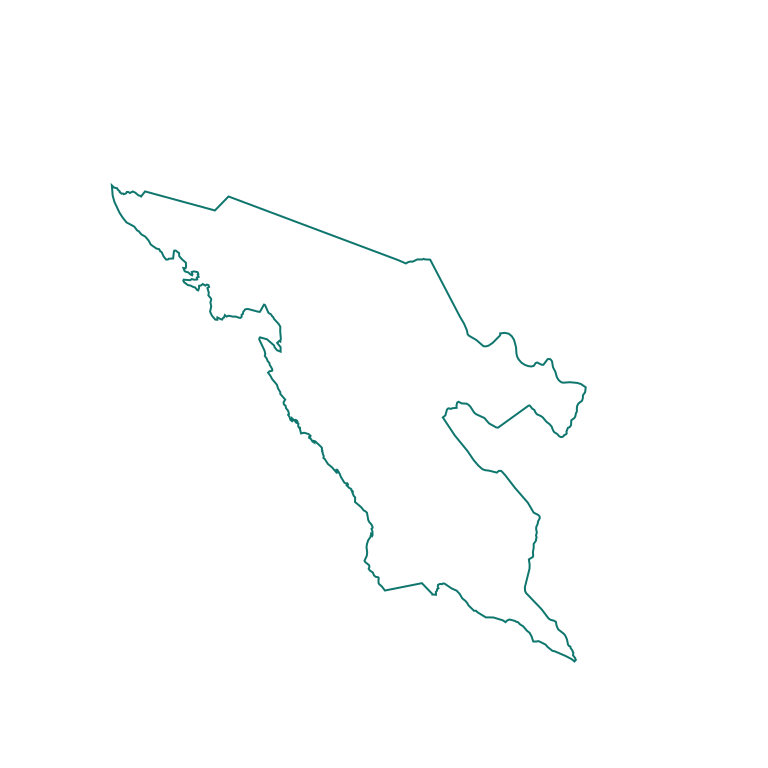 Turkana East, Rift Valley, Kenya (Equal Earth projection), rotated 136°
{"feature_id": "3690345B18632189504967", "entity_name": "Turkana East", "entity_type": "district", "adm_level": 2, "iso_a3": "KEN", "parent_name": "Kenya", "parent_adm1": "Rift Valley", "projection": "equal_earth", "projection_center": [36.31, 1.871], "detail": "fine", "context": "isolated", "style": "outline", "palette": "teal", "viewbox_px": 768, "rotation_deg": 136, "n_neighbors": 0, "source": "geoboundaries", "source_scale": "gbopen_adm2", "svg_char_len": 6133}
<svg xmlns="http://www.w3.org/2000/svg" viewBox="0 0 768 768"><g transform="rotate(136 384 384)"><path d="M439.7,52.1L437.6,52.3L437.5,53.3L436.9,53.9L436.5,57.5L434.3,59.4L434.4,60.0L433.6,61.4L433.2,64.4L432.3,65.7L432.9,67.1L432.7,68.6L429.8,73.2L428.3,77.4L428.2,79.8L429.1,86.1L428.9,87.3L427.7,90.3L425.6,93.5L426.0,95.4L428.0,98.7L428.5,101.0L427.1,112.6L427.0,134.9L426.3,137.1L423.9,139.9L407.7,150.0L404.8,152.8L401.6,157.2L397.2,156.2L395.9,156.9L393.7,159.6L390.1,162.2L387.4,165.0L383.3,165.8L382.2,167.0L380.8,167.6L379.9,169.4L377.1,171.1L375.5,173.8L373.6,175.5L370.9,176.5L368.5,178.2L365.1,179.3L364.1,180.6L364.0,182.6L365.7,187.5L363.0,198.6L361.9,218.6L360.2,233.9L360.0,239.2L360.2,240.3L361.7,241.7L364.4,241.9L368.7,248.8L371.3,252.0L372.4,254.6L372.8,259.7L372.4,266.9L370.5,277.7L368.8,297.9L364.9,319.1L361.6,318.8L356.6,321.8L355.1,321.9L354.3,321.5L353.0,319.5L351.7,319.1L348.3,316.4L346.9,318.1L344.2,319.8L342.7,319.4L341.6,316.1L338.3,312.5L337.7,310.5L337.6,307.9L339.0,300.7L338.7,298.2L335.4,289.8L335.8,282.7L333.5,275.0L332.4,273.4L295.0,268.0L294.3,267.5L294.1,266.9L294.5,263.3L293.9,260.9L294.8,258.5L295.0,255.9L293.4,251.9L293.0,249.6L293.4,244.0L292.8,240.1L293.0,236.9L294.6,233.2L295.0,231.1L294.1,227.6L294.3,224.8L293.6,222.9L293.1,222.4L291.4,221.7L289.8,222.1L288.3,221.4L287.0,221.5L285.7,223.1L282.2,224.7L280.2,224.0L278.0,224.5L274.5,227.8L270.9,227.3L269.1,227.7L266.1,229.7L264.4,230.2L261.8,232.9L260.0,234.2L257.6,234.9L253.2,234.4L250.9,235.6L248.7,237.7L245.0,238.4L241.2,241.5L242.3,247.1L244.3,250.6L248.8,255.9L254.2,260.5L255.1,261.8L255.5,263.5L255.6,265.6L254.9,268.9L252.3,273.6L250.8,278.6L247.4,283.6L247.1,285.6L247.3,286.7L249.0,288.2L256.0,287.1L257.2,288.3L258.9,293.1L260.3,293.7L263.7,293.0L265.9,294.3L267.8,296.7L269.3,299.7L270.3,303.6L270.1,307.9L269.6,310.1L268.8,311.9L267.5,314.0L263.5,318.7L259.8,325.4L258.9,329.6L259.3,333.5L261.6,336.9L265.3,339.7L266.2,338.6L267.1,338.3L277.1,338.1L282.0,338.9L284.6,340.3L286.2,342.1L287.0,351.5L289.3,359.6L289.3,361.7L287.2,364.8L284.6,371.5L282.5,380.1L264.4,441.4L268.1,445.3L268.5,446.4L270.0,447.0L273.4,450.4L278.6,452.2L279.6,453.5L282.0,454.9L284.5,455.5L287.9,463.6L365.6,626.9L385.1,626.3L422.1,688.5L428.5,687.6L428.7,688.9L429.6,690.2L430.0,694.4L431.0,697.0L434.1,697.9L434.6,699.8L435.7,700.8L437.1,700.3L439.3,701.2L439.4,702.3L440.6,703.3L440.8,705.7L440.3,706.1L440.5,709.0L440.0,710.2L441.7,712.8L441.8,715.9L448.3,708.0L451.4,702.3L455.2,691.2L456.4,685.2L457.0,679.2L454.3,670.7L454.9,666.1L454.3,664.2L454.6,660.1L453.4,656.1L453.4,654.4L453.7,650.5L454.8,646.9L454.8,645.4L453.6,639.5L452.1,637.2L452.8,634.7L452.4,634.0L452.4,633.0L453.9,629.0L454.3,624.9L453.1,623.7L451.8,623.6L448.5,620.8L442.9,625.4L442.1,625.6L441.2,624.7L440.5,620.5L442.5,618.2L442.7,613.6L442.2,609.0L444.9,605.8L446.4,605.1L447.7,606.8L448.9,604.0L448.8,602.8L447.3,600.3L447.1,597.2L446.5,595.5L445.8,595.8L444.5,598.1L442.6,597.1L440.6,594.3L440.5,593.5L441.2,592.0L442.0,592.1L442.9,589.8L444.7,590.6L445.7,589.0L447.7,590.4L449.5,593.1L451.2,593.2L455.6,598.2L456.5,597.8L457.1,596.3L456.4,591.5L454.8,589.2L453.7,586.0L452.8,584.7L453.1,581.4L452.6,580.4L450.1,581.7L448.8,583.1L447.2,582.0L444.9,581.8L444.2,578.9L442.5,578.7L441.6,577.1L442.4,575.3L444.4,575.7L446.6,571.4L448.8,569.7L449.1,565.6L449.9,564.5L452.1,563.4L454.4,559.8L458.8,556.9L460.3,552.7L460.6,547.5L459.3,546.0L457.6,547.6L456.1,543.3L455.6,542.8L454.1,543.3L453.0,543.0L450.6,544.1L450.4,541.8L448.5,541.2L445.7,537.2L443.8,535.5L442.4,532.6L441.4,531.3L439.8,531.2L438.3,532.7L436.9,532.4L435.1,533.7L432.0,534.1L429.8,532.6L424.3,523.4L423.1,522.1L415.2,524.5L414.8,523.8L414.9,523.0L417.7,515.4L416.9,512.4L417.4,510.4L417.2,509.1L417.9,507.3L418.1,499.8L418.9,497.1L421.9,494.2L426.6,488.4L429.1,486.5L429.4,487.7L432.3,487.8L432.8,482.3L435.9,479.1L437.5,482.6L437.2,486.4L436.3,488.0L437.1,497.4L440.8,503.7L441.8,503.5L442.8,502.7L446.8,490.9L448.6,488.0L450.2,487.1L450.7,483.8L451.7,481.5L451.9,478.8L452.9,477.1L454.0,472.6L454.8,471.4L455.6,471.3L457.5,472.7L459.5,472.7L460.0,469.0L461.1,464.9L461.5,458.0L463.3,454.4L464.3,450.1L465.5,448.9L465.9,441.4L468.9,440.6L470.0,439.2L470.2,438.3L469.9,436.8L471.3,434.5L471.6,431.3L473.2,428.4L474.4,428.4L474.8,426.0L476.2,423.3L475.9,421.0L475.5,421.0L474.9,422.9L474.0,423.5L473.9,420.8L472.4,419.4L472.1,417.9L472.4,417.1L473.9,418.2L474.0,417.2L473.2,414.9L474.9,413.4L475.5,411.7L474.8,410.9L475.8,409.9L478.0,406.1L475.3,404.4L473.1,400.5L472.8,397.8L473.4,397.4L474.7,397.9L475.3,397.0L474.7,395.7L475.4,392.3L474.9,390.3L474.0,391.7L473.3,390.6L472.9,382.0L473.1,381.0L474.3,380.0L474.5,379.0L475.4,378.6L475.6,377.3L476.5,376.5L477.4,374.0L479.0,372.8L478.7,371.3L479.9,365.5L479.3,360.1L479.7,353.1L479.3,352.9L478.6,355.0L477.9,355.4L477.4,355.1L477.3,354.1L478.3,350.1L479.6,347.0L481.0,340.8L480.7,339.3L479.4,338.1L479.7,336.7L480.2,336.5L480.6,336.6L481.3,337.9L481.2,333.2L480.6,331.8L480.6,331.0L481.2,330.5L481.0,328.5L481.3,328.1L481.9,328.4L482.4,327.3L483.5,324.5L483.5,322.5L486.8,319.3L486.0,311.3L486.4,307.3L485.7,304.8L485.7,303.2L489.8,297.1L490.5,294.9L490.6,291.8L491.5,289.1L492.1,288.5L493.6,288.5L494.8,285.9L497.2,283.3L498.0,283.0L497.6,285.0L500.0,283.4L504.1,282.5L507.3,280.8L509.9,278.8L513.0,274.6L515.7,272.4L520.8,270.4L521.2,269.0L520.6,264.0L521.5,262.6L523.4,261.7L523.7,259.5L523.0,256.2L524.1,253.4L524.0,251.2L522.5,249.1L522.5,248.2L524.5,246.5L526.3,244.4L526.5,243.4L526.2,239.9L526.8,234.8L495.1,214.4L495.1,199.1L495.4,198.9L493.0,196.3L491.1,198.4L489.4,198.5L488.5,199.5L486.7,199.2L486.2,200.8L484.6,202.0L482.6,201.3L481.4,199.8L479.9,199.4L479.1,198.2L477.3,189.7L475.3,184.9L475.4,180.4L476.6,175.4L476.1,171.4L476.3,168.6L477.0,166.2L476.8,158.4L475.4,157.0L475.3,154.8L472.9,145.4L467.5,140.1L462.7,131.5L462.0,128.3L459.6,128.3L457.3,127.4L454.3,122.5L454.1,121.2L453.1,119.7L453.1,116.5L452.2,113.0L452.6,107.2L452.1,103.9L453.2,99.9L455.5,95.1L453.4,93.0L451.6,91.8L450.9,90.4L448.8,84.3L449.0,81.2L448.2,75.1L446.8,73.0L442.3,62.2L440.2,55.9L439.7,52.1Z" fill="none" stroke="#0f766e" stroke-width="2"/></g></svg>